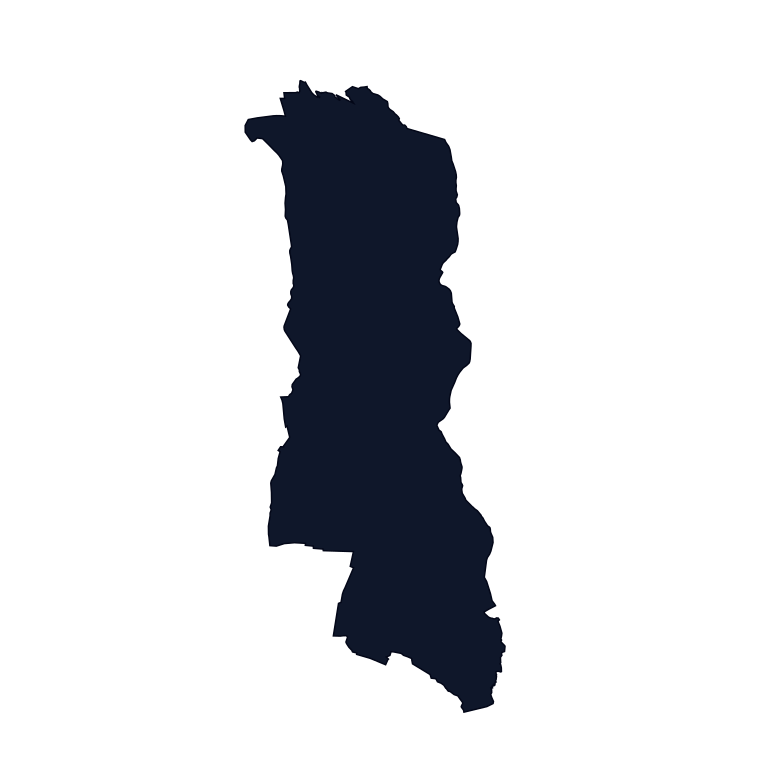 Merisani, Arges, Romania (Albers equal-area conic projection), rotated 206°
{"feature_id": "2599482B23805288669324", "entity_name": "Merisani", "entity_type": "district", "adm_level": 2, "iso_a3": "ROU", "parent_name": "Romania", "parent_adm1": "Arges", "projection": "albers", "projection_center": [24.723, 44.97], "detail": "fine", "context": "isolated", "style": "filled", "palette": "ink", "viewbox_px": 768, "rotation_deg": 206, "n_neighbors": 0, "source": "geoboundaries", "source_scale": "gbopen_adm2", "svg_char_len": 6159}
<svg xmlns="http://www.w3.org/2000/svg" viewBox="0 0 768 768"><g transform="rotate(206 384 384)"><path d="M415.7,188.7L409.7,191.1L403.6,196.9L394.9,202.1L384.7,206.4L384.0,204.5L376.5,207.3L375.4,205.4L366.5,208.9L365.5,207.6L338.0,220.0L334.4,205.3L330.8,205.5L329.7,183.8L329.7,180.4L329.2,176.8L326.9,168.9L328.7,166.9L319.1,135.4L312.9,138.2L310.1,140.0L307.5,141.3L305.8,140.6L305.1,135.4L303.9,134.3L300.1,132.0L295.8,130.4L295.2,129.6L294.8,129.4L290.6,130.3L290.1,129.0L276.2,131.4L259.5,132.4L259.7,137.9L259.4,138.7L262.3,139.6L259.7,142.6L260.3,146.5L257.7,147.5L250.9,149.3L249.7,149.3L247.6,148.7L243.3,149.2L239.2,149.4L238.6,149.2L237.8,147.8L235.7,145.0L215.2,143.1L212.6,140.3L208.6,141.7L207.7,141.5L205.4,139.8L201.5,140.1L198.1,139.5L195.2,137.7L194.3,137.5L191.9,136.2L191.2,136.2L189.8,136.6L184.8,135.6L181.0,136.1L180.6,135.9L177.2,134.0L174.0,132.4L173.1,131.1L173.3,129.5L173.2,128.0L172.7,127.4L169.6,125.8L168.3,124.1L150.1,139.2L145.9,144.6L146.4,146.6L149.7,149.4L152.0,151.7L151.9,153.8L153.2,156.3L153.8,156.6L153.7,157.2L154.4,157.3L154.4,157.7L154.8,157.9L154.5,158.3L153.7,158.2L153.5,158.4L154.0,158.5L153.9,159.1L154.4,159.6L153.8,160.2L154.0,160.8L153.1,160.8L152.8,161.2L153.4,162.2L152.5,162.3L153.1,164.0L153.3,165.2L152.8,165.4L153.6,166.1L153.7,167.5L154.7,170.5L155.5,171.1L155.3,171.9L156.9,173.4L157.0,174.5L155.8,175.8L152.8,176.4L152.4,177.0L154.1,180.3L156.0,182.8L157.1,183.3L156.9,184.6L159.5,189.3L159.1,191.9L160.0,192.8L160.4,194.4L158.4,196.4L160.2,201.2L160.7,201.7L166.0,203.6L166.1,205.4L167.2,206.1L167.9,209.0L168.8,211.7L173.6,217.1L176.6,219.8L177.6,220.9L176.9,222.6L178.7,223.7L180.3,223.1L181.4,221.5L181.8,221.3L182.6,221.0L184.0,220.9L185.3,220.4L187.9,220.3L192.9,221.8L194.1,223.0L191.2,227.4L186.6,233.6L187.8,234.5L191.9,236.6L196.4,242.2L205.1,251.4L209.1,254.2L214.6,270.6L215.0,273.3L214.5,277.3L214.7,280.7L216.5,289.3L219.1,293.9L222.5,296.8L223.6,298.0L224.8,300.1L225.8,301.3L226.5,301.6L228.1,301.8L229.2,302.2L233.6,304.8L236.3,306.9L238.6,307.9L239.2,308.6L244.5,311.0L248.0,311.6L249.9,312.3L250.8,312.4L259.3,315.4L259.9,315.8L261.0,316.9L265.8,320.1L267.8,323.1L268.3,324.4L268.7,327.0L269.6,327.9L271.7,329.3L274.2,333.7L275.3,334.8L275.7,337.6L276.5,340.7L277.1,342.8L277.7,343.9L280.1,346.4L281.4,348.0L282.0,349.0L283.9,351.0L289.7,353.2L295.4,355.0L300.1,358.0L303.1,359.1L305.3,361.1L309.7,364.3L311.8,366.2L314.4,366.7L318.1,369.8L318.5,370.4L318.5,373.4L315.6,378.7L315.1,380.5L314.3,389.6L314.0,391.0L314.3,391.7L317.2,396.3L318.6,399.3L319.3,401.3L320.9,407.8L321.2,416.6L321.6,421.2L321.5,424.8L321.1,427.9L320.0,432.8L319.4,434.1L317.9,436.9L316.7,440.1L316.8,441.7L317.5,444.2L322.4,456.1L323.6,458.7L324.9,459.9L325.9,460.5L337.1,463.2L342.4,465.0L343.0,465.6L342.1,468.7L342.0,470.2L342.2,471.2L347.1,476.7L354.3,483.2L354.8,484.5L355.2,484.8L357.2,486.0L358.7,487.3L363.3,495.1L365.1,496.8L367.0,497.8L370.8,498.5L372.2,498.5L374.7,498.0L376.5,498.1L378.0,498.8L379.6,500.4L380.2,501.8L380.5,503.8L380.1,509.9L380.6,510.4L383.0,511.0L383.5,511.4L383.7,511.9L384.1,517.0L383.9,518.9L382.5,522.5L382.2,524.0L381.2,526.9L380.7,529.8L380.0,531.2L378.0,533.9L378.2,536.4L378.8,540.5L379.0,541.8L379.9,544.5L381.2,547.3L387.5,556.6L388.1,557.8L389.5,561.7L390.5,566.3L390.2,567.9L390.2,569.1L390.8,570.6L393.2,574.8L395.0,577.0L395.6,577.5L398.7,578.8L399.0,579.1L399.3,579.8L400.6,581.5L400.7,582.8L400.5,584.2L400.8,584.9L401.0,586.2L403.8,589.1L404.9,591.2L405.9,593.9L407.6,596.4L408.7,598.6L409.5,601.4L410.8,603.7L412.8,606.3L418.4,612.1L420.9,614.3L422.9,617.3L427.4,623.5L430.1,626.0L434.3,628.3L436.7,630.3L475.3,623.7L476.9,625.1L478.9,625.8L480.7,624.9L486.3,627.5L486.6,629.3L488.2,630.3L490.9,631.3L492.2,631.5L495.1,632.8L499.2,633.4L500.7,634.0L502.0,635.0L503.5,637.7L504.8,639.3L510.1,639.7L513.6,640.8L516.2,641.1L521.4,640.2L523.7,640.8L525.1,641.7L526.8,642.2L528.6,642.3L529.6,643.9L531.7,642.4L535.0,640.4L536.5,638.2L542.7,637.4L546.8,630.1L546.2,629.7L545.7,629.1L544.6,627.2L540.8,626.6L539.6,625.4L538.2,624.6L536.2,624.2L534.3,623.0L554.0,622.9L548.1,620.1L548.3,619.6L551.0,619.7L552.0,620.2L553.6,620.4L554.2,620.7L554.7,621.3L555.4,621.8L558.0,622.3L562.0,621.0L563.1,620.8L564.1,620.9L566.0,619.5L566.3,619.0L567.6,618.7L567.6,617.9L570.8,617.8L573.1,617.5L573.5,617.2L573.4,616.7L571.9,615.7L570.2,614.1L567.6,613.8L567.6,613.1L569.7,613.0L569.8,612.5L573.7,613.1L576.7,614.2L584.6,619.1L587.0,620.9L587.9,620.1L591.9,620.1L592.3,619.8L592.3,619.4L591.4,617.3L590.7,614.7L590.3,613.7L589.5,612.8L589.0,611.8L588.5,611.2L588.0,609.9L588.2,608.5L589.9,608.4L590.9,607.3L591.4,607.0L601.6,601.9L598.5,597.1L602.4,595.2L593.6,585.7L590.0,581.5L594.1,580.0L598.0,578.2L601.2,576.4L614.6,567.6L621.9,562.2L622.1,555.5L619.1,549.5L611.0,544.9L608.8,544.1L607.1,545.8L605.9,549.5L600.7,551.3L593.0,548.7L584.9,545.8L581.7,544.8L578.8,543.6L573.1,540.3L571.6,537.7L571.0,536.0L570.1,532.4L569.3,530.6L565.8,527.0L558.8,518.4L555.3,511.8L554.3,508.6L552.2,503.2L549.0,497.6L546.4,491.6L545.1,490.2L542.6,489.0L539.7,485.1L528.6,469.0L527.2,466.8L527.3,463.8L527.1,462.4L526.0,460.4L523.9,457.8L519.2,450.9L516.1,445.5L514.5,443.3L513.0,441.7L511.7,439.8L511.0,437.3L509.6,434.4L509.1,434.1L508.0,432.5L507.9,430.8L508.5,428.1L508.5,427.5L508.2,426.0L507.2,424.1L505.5,422.5L504.5,420.3L504.8,417.7L505.3,416.0L505.5,414.7L505.5,413.5L505.1,412.6L503.3,411.4L501.0,410.7L500.8,410.2L499.2,392.5L498.8,391.2L497.4,389.1L496.1,388.0L479.1,377.7L475.9,375.9L471.7,373.1L471.2,372.5L468.2,361.0L466.3,359.6L465.5,358.0L463.5,356.4L463.0,355.5L462.9,354.9L463.2,353.5L464.3,351.1L465.1,349.9L466.2,343.3L465.5,341.2L463.5,339.2L463.2,338.2L463.0,335.5L463.1,334.9L463.9,333.5L464.2,332.4L464.2,331.2L464.4,330.6L471.1,327.0L468.6,324.8L466.4,322.2L458.3,308.8L453.5,302.2L452.7,303.7L445.5,294.9L445.4,294.1L447.1,284.1L446.7,283.5L449.4,282.3L450.0,277.9L447.7,277.6L446.4,270.7L443.9,263.7L443.9,261.5L442.3,254.7L442.4,254.3L442.8,247.6L442.3,245.3L437.6,237.2L432.9,227.9L432.3,223.5L430.3,221.6L430.0,220.2L429.8,218.1L428.6,215.6L425.6,205.6L421.9,198.3L420.6,196.5L415.7,188.7Z" fill="#0f172a" stroke="#020617" stroke-width="1.5"/></g></svg>